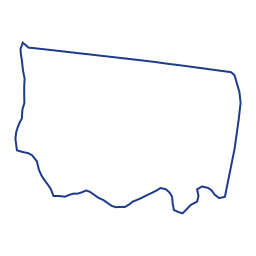 Nova Belém, Minas Gerais, Brazil (Equal Earth projection)
{"feature_id": "56859067B88736774373870", "entity_name": "Nova Belém", "entity_type": "district", "adm_level": 2, "iso_a3": "BRA", "parent_name": "Brazil", "parent_adm1": "Minas Gerais", "projection": "equal_earth", "projection_center": [-41.116, -18.489], "detail": "fine", "context": "isolated", "style": "outline", "palette": "blue", "viewbox_px": 256, "rotation_deg": 0, "n_neighbors": 0, "source": "geoboundaries", "source_scale": "gbopen_adm2", "svg_char_len": 1053}
<svg xmlns="http://www.w3.org/2000/svg" viewBox="0 0 256 256"><path d="M20.5,49.1L20.9,54.5L22.0,61.1L22.9,69.9L24.6,78.7L24.2,86.7L24.2,96.1L24.4,102.9L22.4,109.6L21.9,118.4L19.7,122.4L17.8,127.1L16.2,132.2L15.4,138.5L16.2,144.8L16.9,150.3L22.8,152.1L28.1,153.1L32.0,155.2L36.9,161.3L38.9,169.8L41.4,175.3L44.5,180.2L47.9,184.7L50.9,189.3L53.5,196.0L58.9,196.0L65.0,196.7L69.3,194.9L73.0,193.7L77.4,193.7L81.6,192.4L86.1,190.5L89.9,191.8L93.6,194.4L98.1,197.6L103.3,200.0L107.0,202.6L111.6,205.8L115.7,207.2L120.7,206.9L124.8,207.0L129.1,204.5L132.7,201.6L136.8,200.0L142.2,197.6L147.7,194.8L151.8,192.9L156.5,190.5L160.6,188.0L165.9,189.3L169.6,192.6L172.1,196.8L172.6,203.0L173.9,210.0L178.8,212.2L182.5,213.3L186.4,209.5L190.9,204.8L197.1,201.6L198.5,196.0L197.1,189.3L202.0,186.5L208.1,187.9L211.4,190.2L214.8,194.8L219.2,198.1L224.9,196.8L234.6,148.7L238.6,120.3L240.6,102.9L239.4,92.0L234.5,75.2L231.1,72.2L177.8,65.0L166.3,63.6L156.7,62.2L145.3,60.8L34.6,48.2L28.7,47.7L22.8,42.7L20.5,49.1Z" fill="none" stroke="#1e3a8a" stroke-width="2"/></svg>